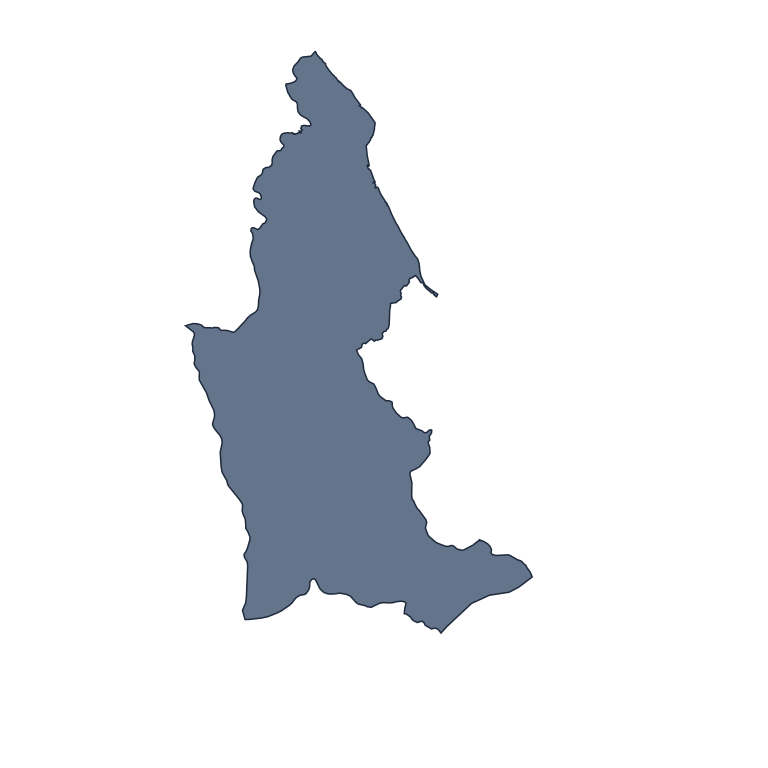 outline of Pidie, Aceh, Indonesia, rotated 25°
{"feature_id": "22746128B35853530005037", "entity_name": "Pidie", "entity_type": "district", "adm_level": 2, "iso_a3": "IDN", "parent_name": "Indonesia", "parent_adm1": "Aceh", "projection": "orthographic", "projection_center": [95.912, 5.113], "detail": "fine", "context": "isolated", "style": "filled", "palette": "slate", "viewbox_px": 768, "rotation_deg": 25, "n_neighbors": 0, "source": "geoboundaries", "source_scale": "gbopen_adm2", "svg_char_len": 6170}
<svg xmlns="http://www.w3.org/2000/svg" viewBox="0 0 768 768"><g transform="rotate(25 384 384)"><path d="M499.4,583.6L501.0,583.0L506.3,583.9L509.2,585.7L511.8,586.1L515.1,586.1L518.4,583.0L521.1,583.4L523.3,585.2L530.7,585.9L533.2,583.7L536.5,583.4L540.9,585.6L543.4,577.5L556.1,545.8L568.8,530.9L585.4,519.8L591.9,511.3L599.9,496.2L596.0,492.7L591.3,490.1L589.2,488.4L586.5,487.8L584.3,486.8L582.7,486.5L579.2,486.9L570.5,486.1L568.8,486.3L557.9,492.1L554.6,492.7L553.2,492.4L552.3,491.6L551.5,488.8L549.1,486.6L545.6,485.1L540.9,484.5L535.6,485.0L537.1,485.5L536.2,486.0L535.1,487.5L532.7,492.5L526.7,500.3L525.1,501.7L519.7,502.7L516.0,501.5L514.1,501.6L512.8,502.2L510.9,504.0L508.3,505.1L498.4,505.7L489.8,503.3L487.8,502.4L482.4,497.1L481.2,491.4L479.5,489.4L469.4,483.7L466.7,482.8L462.1,479.2L460.8,477.8L458.1,476.3L456.1,473.2L451.0,461.7L445.2,454.2L445.1,451.9L449.2,446.9L451.3,443.7L453.9,434.5L455.0,428.4L454.9,427.1L452.2,422.0L448.6,418.3L448.6,417.2L449.3,415.6L447.1,412.5L447.8,408.5L446.9,405.8L446.2,405.6L444.9,406.3L444.2,407.2L443.6,409.1L442.8,410.2L441.6,410.9L440.4,411.0L438.5,410.4L431.6,410.8L427.6,407.5L424.1,405.3L420.6,404.3L419.2,404.2L416.1,406.4L413.6,407.0L407.3,405.0L402.3,402.0L400.8,400.3L399.0,397.0L396.4,396.9L392.7,398.3L385.7,396.9L382.9,395.3L378.1,390.8L374.8,388.3L370.0,388.2L367.1,387.3L361.7,382.0L359.4,379.3L356.3,374.2L353.7,371.2L352.9,370.4L348.4,368.2L344.8,364.8L348.1,360.4L347.5,357.3L348.0,356.3L349.0,355.2L350.3,355.1L352.9,349.2L353.7,348.6L357.2,349.3L358.0,347.5L359.6,347.0L363.0,343.9L362.9,341.3L361.6,339.9L361.1,338.7L361.8,336.5L363.4,335.4L363.5,333.3L364.2,332.0L364.2,330.8L363.5,327.7L357.8,314.2L357.0,310.8L355.9,308.5L356.3,307.9L360.8,304.9L361.1,303.6L363.5,299.8L363.1,297.8L361.7,296.8L361.2,294.6L359.7,293.2L359.4,292.2L360.9,286.1L362.7,285.9L363.0,285.5L364.0,281.0L362.5,278.9L363.3,276.7L364.4,276.2L366.6,272.4L369.7,273.6L374.5,276.5L376.1,275.9L376.9,276.1L379.0,278.1L380.8,278.9L382.7,279.8L386.5,280.6L388.2,281.4L390.1,280.5L390.4,281.3L392.3,282.3L394.7,282.8L394.8,280.1L394.1,279.8L387.8,278.9L379.2,276.9L371.7,270.4L368.2,265.6L365.2,260.3L361.8,256.6L357.2,254.3L351.6,250.8L344.7,245.6L341.6,243.7L340.5,242.5L339.6,242.2L333.9,238.2L329.0,234.3L327.5,233.6L319.1,226.8L312.7,220.9L311.0,220.7L311.1,219.5L308.8,218.3L308.0,218.5L307.8,217.8L300.6,213.2L295.9,208.8L294.8,208.4L293.3,210.0L292.7,209.4L293.1,208.8L292.2,207.1L290.6,205.9L289.1,206.3L289.1,205.6L290.6,205.0L290.4,204.5L286.8,201.7L287.0,201.5L281.6,196.1L279.4,195.7L279.3,195.3L278.1,195.1L277.7,194.3L277.0,194.0L277.1,193.7L276.5,192.9L276.7,192.5L277.5,193.1L278.2,192.9L278.2,192.1L272.3,184.2L267.2,175.6L267.0,175.1L267.7,174.2L267.8,172.4L268.4,171.0L268.2,169.8L268.6,168.5L268.1,166.5L268.7,166.1L268.6,163.6L268.9,163.4L267.6,156.8L266.9,155.5L265.9,151.6L265.1,150.7L255.0,145.0L247.8,142.7L246.8,142.7L247.4,142.8L247.2,143.1L244.1,142.2L244.9,141.1L235.4,136.0L234.5,135.0L229.8,132.0L226.0,132.1L221.1,130.7L216.5,128.8L215.4,129.3L215.2,128.6L213.2,128.2L211.9,127.1L209.1,126.2L208.1,125.5L207.5,125.7L201.2,122.7L196.9,120.1L195.5,118.2L194.2,118.2L192.0,117.3L191.1,116.3L188.0,115.5L183.6,113.7L182.4,112.2L181.1,111.8L179.3,117.7L171.9,122.2L170.5,124.3L169.9,128.5L168.1,133.7L168.5,138.1L170.6,140.7L173.0,142.3L175.7,143.6L176.1,145.0L175.8,146.8L175.0,148.1L172.3,150.9L168.6,153.4L168.7,154.7L173.4,160.2L179.3,164.4L180.8,165.0L184.5,165.2L185.9,165.8L187.1,166.7L189.1,170.8L191.2,173.7L194.7,175.5L198.7,176.0L201.9,176.1L205.5,177.4L207.3,178.8L207.9,179.6L208.2,180.9L205.7,182.4L202.2,183.4L200.3,185.0L200.7,187.7L202.6,188.2L202.0,189.7L200.3,190.6L201.6,191.2L202.6,191.0L202.8,191.3L200.0,192.4L199.7,193.6L198.6,194.1L198.2,194.9L196.6,195.1L197.0,195.7L196.7,195.9L194.6,195.0L193.3,196.1L190.6,197.0L188.5,198.2L186.9,199.4L185.8,200.9L185.5,203.3L186.3,206.0L187.1,207.2L188.7,208.4L192.1,209.8L192.8,210.6L192.9,211.4L191.8,213.9L191.8,215.9L190.5,217.0L188.9,217.6L188.3,218.5L187.2,224.6L187.7,227.6L189.5,231.5L189.5,233.8L187.9,236.4L185.5,237.7L183.7,240.5L184.7,245.0L184.2,246.6L182.0,250.0L181.9,255.6L182.6,261.7L183.3,262.8L185.5,263.9L190.1,263.6L191.0,263.8L193.8,266.3L194.4,268.2L194.1,268.8L193.0,269.4L190.5,269.2L189.6,269.5L189.1,269.8L188.4,271.0L188.4,272.3L189.1,274.2L191.8,278.1L197.6,281.1L205.6,282.6L208.1,284.1L208.2,288.1L206.5,290.0L205.5,295.5L204.0,297.5L200.0,297.4L198.4,298.2L198.0,299.5L198.5,301.1L198.9,301.8L200.9,302.8L203.6,306.6L204.3,308.8L204.5,312.0L206.0,318.5L207.2,321.6L209.1,324.9L213.5,329.4L216.8,332.2L218.4,335.3L226.9,344.2L231.7,351.1L233.4,354.9L235.0,361.2L237.3,366.6L237.8,369.3L237.8,371.0L237.1,373.2L233.9,378.1L232.2,382.2L231.7,384.8L228.5,394.8L226.9,399.3L225.9,400.7L218.7,401.9L213.6,404.2L212.3,403.9L210.8,403.0L209.3,403.2L205.9,404.6L204.8,405.9L202.6,406.5L197.4,408.9L193.5,407.8L189.9,408.2L185.4,409.9L179.5,415.1L188.8,417.2L190.9,418.4L191.7,420.6L192.4,426.4L193.3,429.0L195.5,431.9L196.9,435.3L200.5,438.3L202.7,443.1L202.8,444.4L203.7,446.3L206.7,448.6L211.1,450.6L211.9,451.7L213.3,455.3L215.1,458.6L226.8,467.0L232.7,473.1L240.3,479.2L241.8,480.8L244.1,484.7L245.4,492.4L246.1,493.7L249.5,496.3L257.2,500.0L260.3,502.5L262.3,506.0L264.4,515.1L271.1,527.4L273.9,531.5L275.2,532.9L282.3,538.0L284.8,541.1L286.1,542.1L302.2,550.0L306.0,552.4L307.2,553.9L309.2,559.2L311.4,561.6L315.4,565.2L318.3,570.2L319.7,573.2L322.7,575.1L327.0,579.1L328.2,581.4L329.6,590.5L329.7,594.1L329.1,597.2L330.4,599.7L335.2,603.1L337.2,606.2L349.0,634.4L351.1,640.6L351.4,648.9L357.6,656.2L361.8,654.1L371.4,648.2L376.9,644.1L384.0,636.6L386.8,633.0L391.7,624.8L393.1,621.5L394.5,615.3L395.6,613.2L397.4,610.8L400.4,608.8L401.9,607.1L402.8,602.2L402.4,599.6L400.5,594.6L401.1,591.8L402.0,590.6L403.8,590.1L404.9,590.6L412.3,596.5L414.7,597.6L417.5,598.3L421.9,597.9L424.5,596.9L428.4,594.8L432.4,592.2L439.2,590.5L443.1,590.5L451.0,593.8L453.6,594.3L461.1,592.8L462.8,593.0L466.8,591.8L472.7,584.5L476.0,582.3L480.8,580.4L484.1,578.7L487.2,576.1L490.9,573.8L493.2,573.0L494.9,572.8L496.3,573.1L496.8,574.0L497.5,578.1L499.4,583.6Z" fill="#64748b" stroke="#1e293b" stroke-width="1.5"/></g></svg>